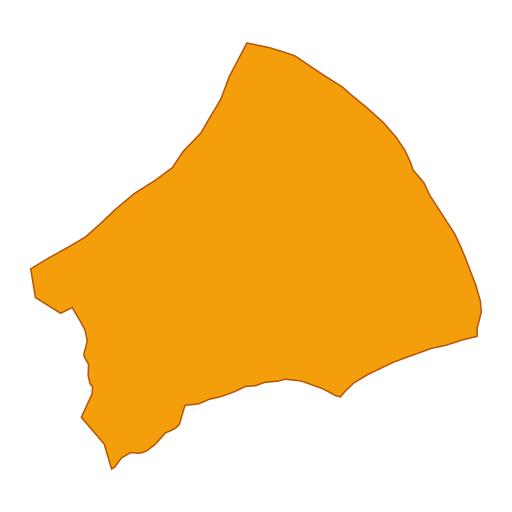 Ukwuani, Delta, Nigeria (Mercator projection)
{"feature_id": "59680162B21365932465956", "entity_name": "Ukwuani", "entity_type": "district", "adm_level": 2, "iso_a3": "NGA", "parent_name": "Nigeria", "parent_adm1": "Delta", "projection": "mercator", "projection_center": [6.243, 5.847], "detail": "fine", "context": "isolated", "style": "filled", "palette": "amber", "viewbox_px": 512, "rotation_deg": 0, "n_neighbors": 0, "source": "geoboundaries", "source_scale": "gbopen_adm2", "svg_char_len": 1327}
<svg xmlns="http://www.w3.org/2000/svg" viewBox="0 0 512 512"><path d="M111.6,469.0L114.8,467.0L121.7,457.7L130.4,452.8L135.2,452.8L138.0,453.3L143.1,452.4L146.9,450.7L154.7,444.8L159.3,439.8L165.4,432.9L166.7,432.3L170.8,430.7L176.3,427.6L177.0,426.6L179.4,424.4L184.9,405.4L198.9,403.8L208.6,399.5L221.3,396.5L234.7,391.6L245.6,386.4L255.7,385.7L264.6,382.4L278.1,381.1L285.3,379.2L301.3,381.0L323.3,389.0L335.5,395.6L340.4,396.9L345.4,391.0L354.2,382.7L355.5,381.9L367.9,374.5L394.0,361.9L431.3,348.4L446.1,345.2L463.5,339.6L476.6,336.5L477.1,336.4L477.2,327.8L478.6,322.9L481.3,312.0L480.3,300.9L475.7,284.8L469.9,269.9L466.8,261.7L465.2,257.5L460.5,246.3L454.7,233.9L429.6,195.0L426.0,187.2L423.8,182.6L413.0,170.0L410.6,162.6L404.8,150.1L396.4,137.6L383.2,122.4L366.3,107.2L350.6,94.4L342.1,86.8L321.5,73.8L294.8,55.8L282.6,51.7L269.1,47.6L255.6,44.8L246.9,43.0L229.4,76.3L221.1,98.5L216.9,105.9L211.6,114.5L200.9,133.0L186.9,147.5L183.1,151.5L176.6,161.2L172.4,167.6L168.0,170.8L155.7,180.0L134.2,193.6L115.1,209.7L100.8,223.3L85.4,237.0L68.6,246.9L51.7,256.3L48.4,258.2L30.7,268.8L35.4,297.5L60.6,313.3L72.2,307.5L80.7,321.9L85.1,330.3L87.3,340.9L83.9,354.2L84.3,356.9L88.5,364.3L88.2,375.9L90.1,384.0L92.6,386.8L92.0,394.1L81.3,417.3L104.2,444.0L111.6,469.0Z" fill="#f59e0b" stroke="#b45309" stroke-width="1.5"/></svg>